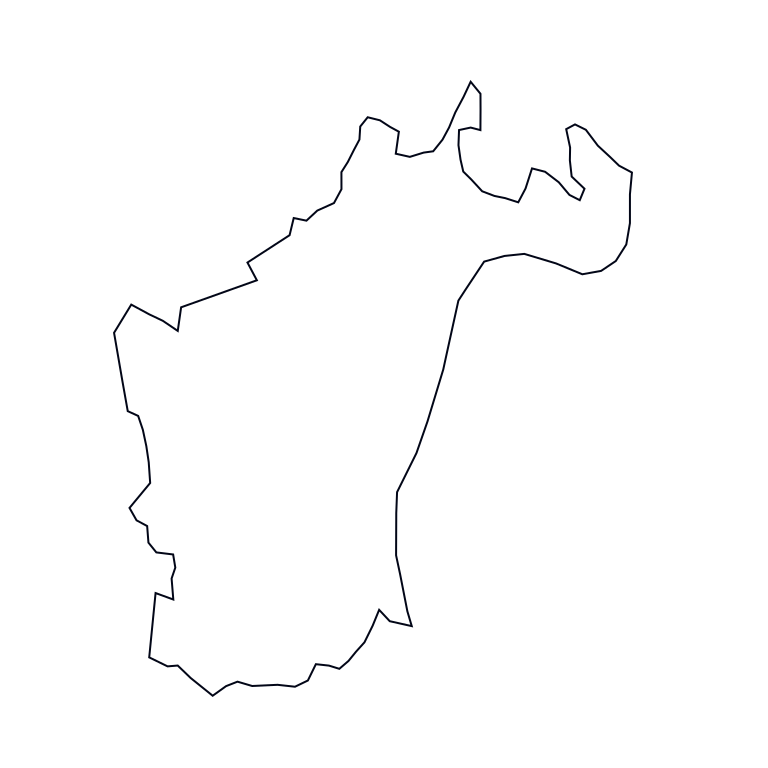 outline of Porto Vera Cruz, Rio Grande do Sul, Brazil, rotated 168°
{"feature_id": "56859067B57284725629844", "entity_name": "Porto Vera Cruz", "entity_type": "district", "adm_level": 2, "iso_a3": "BRA", "parent_name": "Brazil", "parent_adm1": "Rio Grande do Sul", "projection": "equal_earth", "projection_center": [-54.911, -27.755], "detail": "fine", "context": "isolated", "style": "outline", "palette": "ink", "viewbox_px": 768, "rotation_deg": 168, "n_neighbors": 0, "source": "geoboundaries", "source_scale": "gbopen_adm2", "svg_char_len": 1629}
<svg xmlns="http://www.w3.org/2000/svg" viewBox="0 0 768 768"><g transform="rotate(168 384 384)"><path d="M407.2,141.4L408.4,156.8L407.8,194.3L407.8,213.9L398.8,255.4L393.7,275.5L366.6,309.7L349.2,338.4L323.0,385.9L317.0,399.2L293.9,450.1L284.6,459.4L260.6,482.9L239.5,484.2L219.7,482.1L190.7,466.2L167.2,450.1L148.1,449.5L131.7,456.1L118.0,470.1L110.0,490.2L104.0,518.4L97.5,539.3L108.7,548.7L115.7,559.1L125.3,572.7L133.7,590.7L143.2,598.2L152.8,595.4L152.8,576.6L155.7,564.1L157.3,547.9L147.3,533.3L154.3,523.1L163.3,530.4L171.1,545.0L182.3,558.1L194.4,564.1L204.9,545.8L214.9,533.8L226.8,540.6L236.9,545.0L247.9,552.1L256.1,565.9L262.3,575.3L262.5,587.5L261.5,602.1L257.8,616.8L245.9,616.8L236.9,612.3L232.5,632.4L229.3,647.8L236.4,661.6L246.5,648.3L257.8,634.8L267.0,621.4L276.0,610.8L287.5,601.4L297.1,602.1L311.5,600.8L324.6,606.8L317.0,627.7L324.6,634.2L333.2,642.8L344.5,648.3L353.7,640.8L357.2,628.2L364.6,619.4L373.2,608.7L381.6,600.1L385.1,583.4L395.3,571.4L413.2,567.5L425.9,559.9L437.8,565.1L445.4,549.2L492.3,531.2L486.8,511.9L566.5,501.2L574.7,478.8L587.2,491.8L599.1,500.9L614.7,514.2L637.4,490.2L639.3,440.7L640.3,410.7L631.1,403.9L629.4,389.3L629.4,372.6L630.4,356.4L633.3,335.8L658.7,315.7L654.4,302.1L645.2,294.3L647.4,277.8L641.7,266.6L625.7,261.1L626.3,247.8L632.2,237.9L634.9,217.0L650.9,227.0L670.5,165.4L654.4,152.8L644.3,151.5L634.3,136.7L616.4,114.7L601.3,121.3L589.2,123.3L575.7,116.0L550.7,111.9L534.0,106.4L520.1,109.8L508.9,124.1L496.4,120.0L486.9,114.7L476.3,120.5L467.0,128.0L456.8,135.4L445.3,150.0L435.7,164.1L427.7,150.8L407.2,141.4Z" fill="none" stroke="#020617" stroke-width="2"/></g></svg>